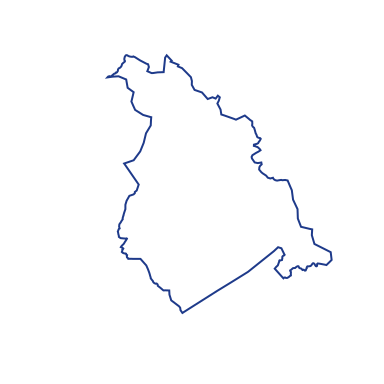 the district of Eloxochitlán de Flores Magón, Oaxaca, Mexico, rotated 317°
{"feature_id": "50627088B32131961110957", "entity_name": "Eloxochitlán de Flores Magón", "entity_type": "district", "adm_level": 2, "iso_a3": "MEX", "parent_name": "Mexico", "parent_adm1": "Oaxaca", "projection": "orthographic", "projection_center": [-96.869, 18.197], "detail": "fine", "context": "isolated", "style": "outline", "palette": "blue", "viewbox_px": 384, "rotation_deg": 317, "n_neighbors": 0, "source": "geoboundaries", "source_scale": "gbopen_adm2", "svg_char_len": 4534}
<svg xmlns="http://www.w3.org/2000/svg" viewBox="0 0 384 384"><g transform="rotate(317 192 192)"><path d="M269.8,248.8L268.3,246.7L266.1,245.0L265.5,244.0L263.9,242.9L262.0,241.7L261.0,240.2L260.6,238.8L260.6,237.7L260.9,236.8L258.5,235.5L257.7,234.1L257.2,233.2L257.4,230.6L256.4,226.5L256.2,224.7L256.4,221.4L258.2,219.8L259.8,219.3L261.8,219.3L262.8,217.7L259.8,215.7L258.0,213.1L258.7,208.4L259.5,207.0L261.3,206.3L263.4,206.7L265.6,207.1L268.1,207.8L270.6,208.2L270.8,207.5L270.8,206.1L270.6,203.8L270.0,202.9L269.6,201.9L268.7,200.5L269.6,199.6L272.5,201.1L273.7,201.4L275.0,200.9L276.0,200.8L276.8,200.6L277.7,200.3L278.5,200.0L278.6,199.2L278.0,198.3L277.5,197.3L277.3,196.7L277.3,196.0L278.1,194.3L278.4,193.4L278.6,192.5L280.1,189.7L281.2,187.4L281.0,185.5L281.5,184.1L282.5,183.4L283.6,182.1L284.2,181.4L283.6,178.6L283.5,177.4L282.8,172.1L277.5,170.4L274.2,169.3L273.5,169.1L272.7,167.4L271.0,164.1L269.9,162.0L267.8,158.0L266.3,155.3L269.1,151.2L270.9,144.6L273.9,143.5L276.9,141.7L276.6,139.2L273.0,139.8L271.6,136.7L266.9,134.7L267.2,126.0L263.5,119.1L264.9,113.5L267.6,110.8L269.5,107.3L269.4,101.8L269.2,94.6L267.3,90.5L268.9,89.7L265.3,82.2L266.7,82.1L266.7,74.8L264.0,75.4L253.0,85.0L248.5,81.1L244.6,78.4L243.5,77.4L242.4,74.8L241.7,73.2L245.7,71.2L247.0,68.6L246.2,67.2L243.8,60.4L242.2,54.3L241.5,52.8L241.0,52.8L240.1,52.0L239.7,51.5L239.1,50.8L238.3,49.4L238.1,48.9L238.0,48.1L237.5,47.3L236.7,46.9L235.8,47.1L235.0,47.3L234.3,47.8L234.1,47.9L233.7,48.1L233.1,48.8L232.6,49.2L232.4,50.3L231.9,50.8L229.9,50.7L228.2,50.7L226.5,51.7L225.3,52.0L223.9,52.0L222.7,51.6L221.5,51.9L220.3,52.9L218.7,53.3L217.7,52.7L217.1,53.1L215.6,52.4L213.5,52.3L211.4,52.2L211.1,51.7L210.5,50.9L209.3,50.4L208.3,50.5L212.6,53.5L217.2,57.3L220.1,63.7L220.6,64.8L220.5,65.0L216.0,71.9L217.3,78.7L217.4,79.2L211.1,83.4L209.4,84.5L207.8,89.0L206.4,93.2L208.8,102.3L212.6,108.6L213.2,109.5L211.0,111.5L207.2,115.2L198.4,117.7L190.2,123.1L181.8,127.0L171.0,129.0L161.8,124.9L161.5,127.2L158.1,150.2L152.6,153.2L150.2,153.0L149.3,153.9L147.6,153.9L143.6,152.1L138.2,153.8L134.6,155.9L131.6,159.1L128.1,161.0L125.8,162.4L125.8,162.5L125.2,162.8L124.3,163.3L123.3,163.9L122.9,164.6L122.7,164.7L120.8,165.1L118.9,165.7L117.5,165.9L116.7,166.2L115.1,167.6L114.4,168.9L114.2,169.3L113.4,169.1L112.6,169.4L111.6,170.0L110.9,170.2L110.1,171.6L109.4,172.6L108.7,174.0L107.9,175.0L108.3,177.0L109.5,178.4L111.3,180.4L111.8,181.0L112.4,181.2L112.6,181.7L112.0,182.0L111.9,182.0L111.1,182.2L110.0,182.5L109.0,182.7L107.7,183.1L106.5,183.4L104.9,183.4L103.6,183.5L102.4,183.8L103.1,185.5L103.2,186.5L102.7,186.7L102.2,186.6L101.7,186.6L101.4,186.9L101.0,187.5L100.2,187.8L99.8,188.0L99.9,189.3L100.3,190.2L100.8,191.0L101.5,191.7L101.7,192.2L101.2,193.0L101.5,193.9L100.9,194.4L100.4,194.7L99.9,195.4L99.9,196.3L100.2,197.1L99.9,197.5L100.3,197.8L102.9,200.3L108.2,205.3L108.7,205.8L108.5,213.9L108.5,214.5L107.1,218.5L105.9,221.4L105.6,222.1L104.8,223.7L104.2,224.8L103.5,226.3L102.9,227.1L102.9,227.4L102.7,229.6L102.7,230.3L102.6,230.5L102.2,231.6L102.3,232.9L102.3,233.0L102.7,233.9L102.9,234.3L103.7,234.8L103.8,236.2L103.0,237.3L103.5,240.3L103.8,242.9L103.8,243.2L104.0,244.5L105.5,245.8L105.7,246.0L108.2,248.5L105.5,251.7L102.9,257.1L104.6,266.9L104.4,268.6L103.0,270.6L102.5,273.9L142.5,281.4L157.7,284.5L161.7,285.3L178.5,288.6L211.5,291.1L213.3,291.1L217.3,291.1L217.5,291.5L219.0,294.1L217.5,299.0L217.2,299.8L216.9,301.1L216.2,301.2L215.4,300.9L214.5,300.8L213.7,301.1L213.0,302.0L212.7,302.2L212.3,302.4L211.5,303.1L211.1,302.9L210.7,302.7L210.1,302.5L209.5,301.7L209.1,301.7L208.0,302.5L206.8,303.1L205.7,303.7L205.3,303.9L204.7,304.2L202.4,304.2L200.2,304.5L200.2,305.6L200.0,315.5L200.0,317.5L201.1,317.5L201.8,318.0L202.1,318.9L203.1,319.8L204.8,320.2L206.2,320.2L207.4,320.5L208.7,319.0L209.8,318.0L209.9,317.0L210.3,316.3L211.2,316.5L212.2,316.5L214.0,316.6L215.6,317.9L216.9,317.9L218.0,318.1L218.6,318.3L219.2,318.9L219.1,319.3L218.7,320.9L219.7,322.6L219.7,323.2L219.6,324.4L220.7,325.0L221.0,326.6L221.7,326.9L223.1,326.2L224.0,326.0L224.4,325.4L225.0,325.2L225.7,325.1L226.4,325.8L228.2,327.0L229.2,327.0L231.2,326.6L231.8,326.6L232.3,327.0L232.4,327.4L232.5,328.1L232.3,328.8L232.0,330.6L232.2,331.1L232.5,331.3L233.1,331.3L234.4,330.0L235.2,330.0L236.7,331.8L239.7,335.9L240.5,337.1L245.4,337.0L247.8,336.9L252.4,330.6L249.5,322.7L246.1,313.5L250.2,305.3L254.4,301.3L252.7,298.9L248.0,291.8L251.3,283.6L257.5,276.5L260.7,266.5L266.2,258.8L267.5,255.1L269.8,248.8Z" fill="none" stroke="#1e3a8a" stroke-width="2"/></g></svg>